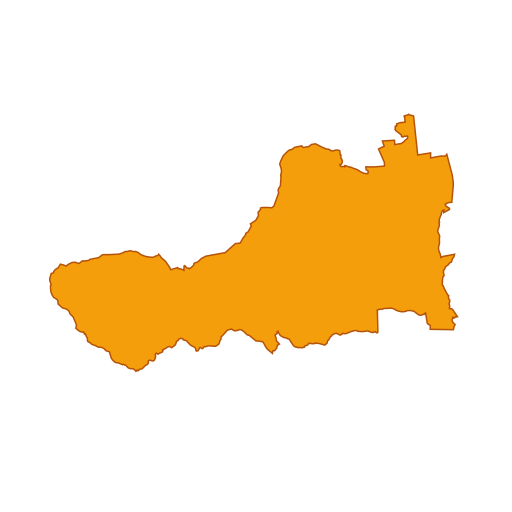 Astileu, Bihor, Romania, rotated 79°
{"feature_id": "2599482B38905853959599", "entity_name": "Astileu", "entity_type": "district", "adm_level": 2, "iso_a3": "ROU", "parent_name": "Romania", "parent_adm1": "Bihor", "projection": "equal_earth", "projection_center": [22.385, 46.984], "detail": "fine", "context": "isolated", "style": "filled", "palette": "amber", "viewbox_px": 512, "rotation_deg": 79, "n_neighbors": 0, "source": "geoboundaries", "source_scale": "gbopen_adm2", "svg_char_len": 6051}
<svg xmlns="http://www.w3.org/2000/svg" viewBox="0 0 512 512"><g transform="rotate(79 256 256)"><path d="M244.7,462.6L246.1,463.4L248.8,463.9L252.5,464.1L255.6,463.5L258.0,462.5L261.0,459.3L262.5,459.0L265.2,459.5L270.1,455.8L272.1,451.9L274.4,450.1L276.4,449.8L277.8,449.3L281.0,447.1L289.2,445.4L292.7,446.6L296.1,443.8L297.6,441.2L297.7,439.7L299.9,439.3L299.8,438.5L302.9,437.8L304.2,437.2L307.2,437.6L307.9,437.3L308.5,436.8L308.8,436.0L311.4,434.0L313.5,430.5L315.4,428.2L316.1,425.1L318.2,422.5L319.9,421.7L321.1,420.2L322.0,418.2L328.5,417.6L330.8,416.6L333.2,414.8L334.0,413.7L334.6,411.6L337.3,407.7L337.0,406.8L338.0,405.7L338.5,404.6L341.3,402.9L342.7,400.8L342.7,400.1L343.7,397.4L346.2,395.9L345.6,395.4L345.3,394.4L345.6,394.1L346.0,394.3L346.1,393.3L344.8,391.6L345.1,390.6L344.8,389.0L342.2,385.2L341.9,383.6L340.5,382.0L339.3,382.1L338.1,381.3L338.0,380.2L339.4,377.1L339.1,376.0L338.2,375.1L335.3,373.6L333.6,373.8L332.4,372.6L332.5,372.0L333.7,371.1L332.9,368.9L332.8,367.7L332.2,366.0L331.0,365.4L330.4,365.7L329.3,361.9L328.6,360.7L328.2,358.3L329.9,356.3L329.8,356.0L327.8,352.0L324.8,350.4L323.9,348.4L323.2,348.0L322.4,346.0L323.2,343.7L324.5,343.3L325.8,340.7L326.5,340.0L328.6,338.9L330.9,337.3L331.9,336.3L334.0,333.4L335.1,333.1L337.4,332.9L337.9,332.7L338.0,331.9L338.0,331.1L337.4,330.4L335.2,328.8L335.2,328.3L336.7,326.5L336.2,325.3L335.0,324.3L335.4,323.1L335.1,319.7L336.9,313.2L336.5,311.6L335.3,309.3L334.4,308.6L332.6,307.8L331.0,306.3L328.5,305.6L328.1,304.5L323.3,298.1L323.0,293.9L324.3,292.7L325.5,291.0L325.5,288.1L325.1,286.0L325.7,284.5L327.9,282.3L331.6,279.8L332.7,277.7L339.4,272.2L340.2,268.9L341.1,267.2L341.1,266.2L341.7,265.6L345.5,264.2L346.2,264.2L349.5,262.7L354.7,258.5L352.2,257.5L352.5,255.8L352.4,255.5L350.8,254.0L350.3,253.1L347.8,252.3L346.9,249.8L343.4,252.0L340.1,252.0L337.2,252.4L336.2,250.1L334.3,249.7L334.1,248.7L335.0,248.7L338.6,247.4L341.2,244.5L342.7,241.1L343.2,240.9L343.8,239.4L351.3,236.3L353.1,234.3L353.5,232.6L354.1,232.2L354.1,230.3L354.7,229.2L354.9,227.3L354.6,227.0L354.7,225.8L354.0,225.6L353.5,224.8L353.5,223.5L353.1,222.1L352.6,221.8L351.9,220.9L352.2,220.1L351.9,219.8L352.0,219.3L352.8,217.9L353.1,215.7L353.1,215.1L352.6,214.7L353.4,212.8L353.8,211.0L356.6,205.4L355.0,202.8L352.7,201.8L352.3,200.6L349.8,198.7L348.8,197.0L348.2,196.5L347.2,194.0L347.2,193.3L347.3,191.7L349.7,188.5L349.2,186.6L348.4,185.9L349.0,184.4L349.4,182.4L348.5,178.1L348.1,174.4L348.1,172.7L348.4,171.2L349.3,170.6L350.5,166.3L350.9,160.5L352.9,157.5L353.5,155.2L353.0,154.6L353.0,153.3L354.0,152.7L354.5,152.1L354.5,151.5L354.1,151.0L351.9,150.5L332.1,147.2L332.0,145.7L331.9,145.7L332.3,141.7L331.9,140.9L333.1,132.7L334.8,129.9L335.8,129.1L337.3,126.6L338.5,123.8L339.0,120.4L338.5,117.9L338.9,115.0L340.4,111.5L344.5,107.9L345.6,106.1L345.5,103.8L345.0,102.3L345.5,101.3L343.6,100.4L354.7,100.7L355.7,100.1L357.0,98.5L357.4,98.3L358.8,98.4L361.2,99.0L366.0,76.3L363.0,75.0L361.5,73.7L360.7,73.9L360.5,74.3L359.5,75.0L357.3,75.8L355.7,75.6L354.5,75.0L353.7,74.4L354.3,73.9L354.7,74.0L354.5,72.7L353.7,71.9L354.1,71.5L354.0,69.8L345.6,73.4L345.0,74.6L344.5,76.2L342.2,75.4L341.1,75.4L340.8,75.6L338.9,75.4L338.4,74.8L336.3,74.2L334.8,75.0L332.8,74.9L331.8,74.4L330.4,75.4L324.6,77.2L321.3,77.9L319.9,78.6L315.3,77.6L312.2,76.5L311.0,75.0L308.5,75.2L306.0,74.7L305.1,73.6L302.7,71.9L301.2,68.8L299.7,67.3L299.3,65.5L297.3,64.2L296.2,63.8L294.6,61.9L292.2,60.7L292.1,72.6L292.8,74.8L289.4,74.8L285.0,75.6L282.0,75.1L278.3,73.4L274.1,72.7L271.5,71.9L266.2,73.0L261.1,70.2L258.3,69.9L258.0,69.4L255.6,69.4L251.5,67.0L250.6,66.2L249.1,65.7L247.1,64.4L246.7,62.8L249.2,63.4L247.2,57.1L246.0,57.1L243.5,59.8L241.4,60.4L240.9,59.7L240.3,56.6L240.7,53.6L223.8,48.7L221.0,48.3L214.0,47.9L192.6,49.3L193.8,50.6L193.8,52.8L193.2,54.7L193.0,65.9L188.1,64.9L187.7,78.0L148.6,74.6L146.8,78.3L146.0,79.1L146.4,79.9L146.8,83.8L147.3,83.9L147.4,83.5L152.9,84.1L152.9,84.6L153.1,84.6L152.6,88.7L152.8,89.1L152.7,90.3L153.1,91.6L153.1,92.7L155.2,93.1L155.1,94.4L155.9,94.8L156.4,94.6L158.4,95.4L159.7,94.8L164.7,90.4L166.5,90.3L167.3,89.2L166.7,88.9L167.2,84.4L168.9,84.5L169.7,85.3L170.8,87.5L171.9,88.8L173.3,91.8L173.1,98.5L168.8,98.0L167.2,110.0L172.7,109.2L174.3,115.3L188.7,112.1L192.3,112.8L191.1,122.8L189.5,131.2L192.4,131.4L193.5,130.1L194.5,129.7L196.5,130.5L195.7,133.6L195.3,134.5L193.3,137.2L190.3,140.5L188.0,144.5L187.2,145.4L186.1,148.1L184.6,150.5L184.2,151.6L185.4,152.0L184.8,153.0L184.6,155.0L183.9,156.0L183.3,155.8L182.9,156.2L182.3,156.2L182.5,155.4L182.0,154.6L180.7,153.5L179.1,153.1L177.3,153.3L176.2,154.0L172.8,153.4L172.5,154.0L168.8,153.7L168.2,154.4L167.6,155.7L167.2,157.6L167.6,160.4L166.7,162.8L165.9,163.2L165.1,164.2L164.2,167.1L163.8,167.3L162.2,169.9L157.5,175.8L157.2,176.5L157.1,180.3L158.7,183.4L158.5,184.6L158.6,187.7L158.4,189.1L156.6,190.1L156.7,197.3L158.4,200.8L158.2,202.2L158.7,204.0L161.7,208.7L163.1,210.4L167.5,213.6L170.3,215.2L175.1,214.6L178.3,214.9L181.2,216.3L183.8,216.5L191.8,218.7L194.1,220.9L195.8,221.8L198.3,221.7L210.4,228.9L211.7,231.3L210.6,235.2L209.5,241.2L209.8,242.4L211.4,242.9L213.6,245.7L216.9,245.9L221.0,249.5L223.4,255.4L225.5,254.8L230.7,259.0L231.8,261.7L233.2,262.1L235.9,265.3L240.3,269.1L239.9,273.9L246.8,285.6L246.6,305.2L248.0,310.0L250.7,314.3L251.3,318.2L253.4,319.2L255.8,323.4L255.5,323.4L254.6,326.1L251.8,327.8L252.0,328.5L256.3,329.5L254.4,332.1L253.5,334.9L252.4,335.1L253.2,342.3L251.0,342.8L244.0,345.8L239.4,349.4L237.1,350.3L235.8,351.2L236.2,351.4L236.8,352.7L237.0,355.1L237.5,356.4L237.6,357.4L236.9,360.3L235.4,364.4L232.8,368.6L229.7,371.5L228.6,373.4L228.4,375.2L226.9,378.3L226.8,379.5L227.0,381.3L226.7,383.9L227.5,386.0L228.0,390.3L226.7,399.5L225.4,406.4L227.6,410.8L227.6,419.8L228.3,420.9L228.5,421.9L228.1,423.5L228.4,425.0L227.9,426.0L227.6,427.2L229.6,431.2L227.6,434.8L227.3,437.7L228.3,441.7L229.6,444.2L227.7,447.4L226.7,449.6L229.8,452.4L230.6,454.8L232.5,457.5L233.9,458.0L234.1,460.4L238.8,462.8L240.9,463.1L244.7,462.6Z" fill="#f59e0b" stroke="#b45309" stroke-width="1.5"/></g></svg>